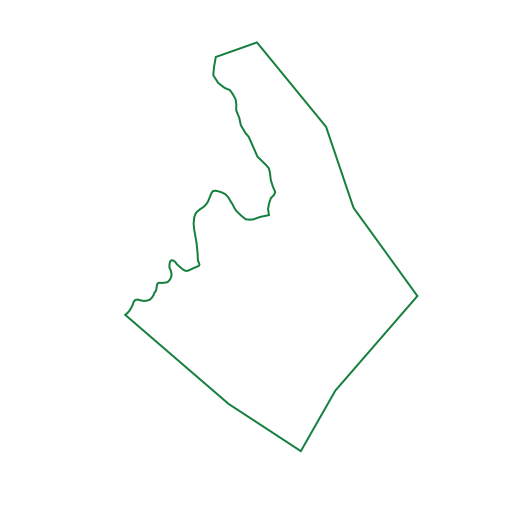 outline of Su'xbaatar, Selenge, Mongolia, rotated 50°
{"feature_id": "93677404B24748843870078", "entity_name": "Su'xbaatar", "entity_type": "district", "adm_level": 2, "iso_a3": "MNG", "parent_name": "Mongolia", "parent_adm1": "Selenge", "projection": "equal_earth", "projection_center": [106.187, 50.218], "detail": "fine", "context": "isolated", "style": "outline", "palette": "green", "viewbox_px": 512, "rotation_deg": 50, "n_neighbors": 0, "source": "geoboundaries", "source_scale": "gbopen_adm2", "svg_char_len": 1503}
<svg xmlns="http://www.w3.org/2000/svg" viewBox="0 0 512 512"><g transform="rotate(50 256 256)"><path d="M77.7,158.9L84.6,167.1L90.2,172.6L99.1,173.7L107.0,172.0L112.0,169.4L116.7,169.7L122.8,170.9L127.3,173.7L131.6,177.5L139.6,180.1L145.9,183.5L154.7,185.0L160.1,185.0L169.9,187.8L180.7,191.0L193.0,189.8L197.0,189.8L200.9,191.6L207.4,195.9L213.8,198.5L219.4,200.2L220.8,203.1L221.2,207.4L224.4,212.6L227.8,216.6L233.0,219.8L230.5,224.4L228.7,227.8L226.1,234.8L224.0,237.6L221.3,240.3L215.6,241.4L209.4,242.1L205.3,241.7L201.7,240.8L197.8,240.3L192.9,239.5L189.4,239.7L186.3,240.8L183.0,242.7L180.0,245.0L178.6,247.2L179.2,249.7L181.3,253.7L183.5,257.9L184.4,261.0L184.7,264.8L184.2,269.1L184.2,272.9L184.9,275.4L186.9,278.7L191.1,283.0L196.1,286.4L208.2,293.4L216.5,299.1L222.2,303.5L224.3,304.0L226.3,304.9L226.8,306.2L226.2,308.1L225.1,311.7L224.0,316.1L223.1,318.5L221.6,319.8L219.6,320.6L215.6,321.3L211.5,321.9L208.8,321.7L206.5,322.2L205.0,323.3L204.9,325.1L206.5,327.4L209.3,329.8L212.3,330.6L214.9,331.9L217.0,333.6L218.5,336.4L219.1,338.9L219.1,340.6L218.1,342.6L215.9,345.7L214.1,347.6L213.8,349.2L214.5,350.3L215.7,351.8L217.3,353.6L218.3,355.0L218.8,357.3L220.1,359.6L221.0,362.6L221.2,365.6L220.2,368.0L218.5,370.6L216.2,372.7L213.4,374.5L212.1,376.9L212.5,379.2L214.0,381.6L215.5,385.0L216.6,388.2L217.0,390.8L217.0,394.0L217.8,393.9L351.6,372.1L434.3,347.1L410.1,281.7L390.4,158.1L281.7,150.3L202.1,119.3L93.0,118.0L77.7,158.9Z" fill="none" stroke="#15803d" stroke-width="2"/></g></svg>